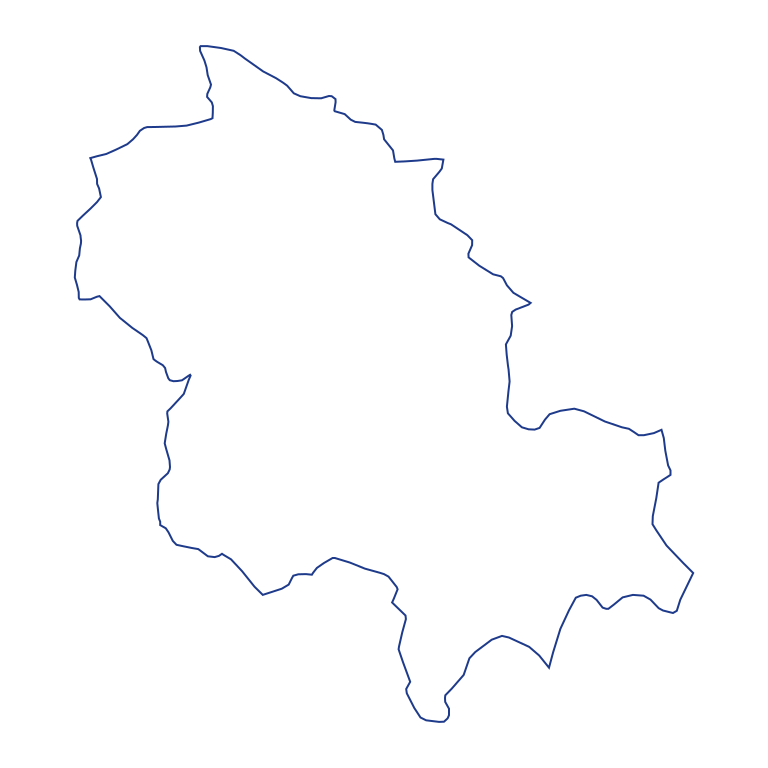 outline of Bac Kan, Bắc Kạn, Vietnam
{"feature_id": "81297802B17568713952999", "entity_name": "Bac Kan", "entity_type": "district", "adm_level": 2, "iso_a3": "VNM", "parent_name": "Vietnam", "parent_adm1": "Bắc Kạn", "projection": "mercator", "projection_center": [105.845, 22.132], "detail": "fine", "context": "isolated", "style": "outline", "palette": "blue", "viewbox_px": 768, "rotation_deg": 0, "n_neighbors": 0, "source": "geoboundaries", "source_scale": "gbopen_adm2", "svg_char_len": 3766}
<svg xmlns="http://www.w3.org/2000/svg" viewBox="0 0 768 768"><path d="M661.5,429.8L653.9,433.1L643.9,435.2L638.5,435.2L634.0,432.1L628.9,428.8L622.0,427.3L604.9,421.5L584.0,411.3L574.3,408.7L560.4,410.8L549.6,414.2L545.0,419.6L539.6,427.9L534.6,429.6L528.6,429.3L521.9,427.3L514.6,420.9L507.9,413.3L506.9,406.7L508.5,390.8L509.6,381.5L508.6,369.9L508.6,369.7L508.0,365.8L506.7,354.8L505.9,344.4L510.7,335.7L512.1,326.1L511.3,315.0L512.2,311.9L515.6,309.6L528.6,304.6L530.6,302.9L526.5,300.5L520.0,296.7L513.4,292.8L506.9,285.3L503.1,278.1L500.9,276.3L493.1,274.3L479.4,265.8L468.6,257.4L468.4,253.7L472.1,245.2L472.2,240.2L467.4,235.2L451.0,224.3L447.7,223.0L439.8,219.3L435.4,214.2L434.4,206.1L432.4,190.0L432.4,183.9L433.1,179.2L439.3,171.9L441.8,168.5L443.4,159.6L436.9,158.9L434.0,158.9L417.1,160.6L404.9,161.4L395.2,161.8L394.3,158.2L393.0,150.4L384.1,139.3L383.4,134.9L381.9,129.9L375.7,124.6L371.0,123.8L367.0,123.2L366.9,123.2L362.7,122.7L355.2,121.9L350.8,119.7L344.7,114.1L334.7,111.2L334.3,110.3L335.6,102.2L335.5,99.1L331.7,96.2L329.0,96.0L321.1,98.3L311.2,98.1L300.3,96.2L293.8,93.3L287.1,85.6L283.1,82.7L276.1,78.2L263.1,71.4L245.0,58.6L240.7,55.3L233.7,50.8L221.0,48.0L207.2,46.1L200.6,46.1L199.9,47.1L200.1,50.9L204.4,60.5L206.5,67.3L207.7,75.1L211.0,84.6L210.3,87.3L207.3,93.9L207.1,96.9L211.8,102.4L212.9,106.1L212.8,112.8L212.5,118.2L210.7,119.1L198.8,122.6L186.6,125.6L175.5,126.5L154.7,127.0L147.1,127.1L144.1,128.0L139.9,130.8L137.0,134.9L133.1,139.2L127.4,144.1L116.1,149.6L106.2,154.0L97.1,156.2L90.3,158.1L91.1,159.9L93.3,167.4L97.0,179.0L97.1,183.9L99.1,188.5L100.9,197.1L97.0,202.1L90.7,208.4L82.4,216.1L77.5,220.9L77.1,223.1L77.2,225.8L80.5,235.4L80.6,237.0L81.1,240.9L80.9,243.6L79.9,248.4L79.2,255.5L76.4,262.0L75.3,270.6L74.8,277.5L77.0,285.0L78.7,292.0L78.8,297.9L79.5,299.2L79.6,299.4L84.0,299.5L90.6,299.3L97.0,296.7L99.5,296.1L103.0,299.6L109.7,306.3L119.9,317.9L125.4,322.3L132.3,327.9L142.8,335.1L146.5,338.1L148.1,342.0L151.4,350.4L153.5,359.1L155.1,360.4L157.4,362.0L162.8,365.2L165.1,368.0L166.0,372.0L168.3,378.3L169.8,380.2L173.5,381.2L177.5,381.0L182.0,380.3L188.2,376.0L190.1,374.8L190.6,375.6L188.8,379.7L183.8,393.9L179.1,399.1L170.7,408.2L167.4,411.4L167.2,413.5L168.4,421.8L167.9,425.5L166.2,433.9L164.7,443.3L166.2,449.0L169.5,460.4L170.0,467.0L169.7,469.4L167.9,473.2L160.7,479.8L158.4,484.1L157.8,499.4L157.3,503.1L158.0,510.0L158.9,518.5L160.2,521.7L160.2,525.1L165.8,528.3L168.5,532.3L172.8,540.9L176.5,544.8L183.5,546.3L191.9,548.0L198.3,549.1L207.9,556.3L214.7,557.1L218.9,555.9L222.0,553.8L223.6,554.9L231.0,559.3L242.1,571.2L254.5,586.7L262.8,594.9L263.0,594.8L269.2,592.8L281.8,588.7L288.7,584.6L291.9,578.2L293.3,575.7L298.3,574.3L305.9,574.1L311.9,574.7L313.0,572.9L316.9,567.9L323.8,563.1L332.6,558.0L334.4,558.0L334.9,558.0L349.7,562.5L364.8,568.6L379.9,572.8L384.0,574.1L388.5,576.6L396.7,587.0L397.6,589.3L393.9,598.5L392.1,602.5L405.5,615.5L405.7,617.3L405.9,619.1L402.2,632.6L399.0,646.6L398.6,649.3L403.0,662.2L410.2,681.8L406.2,689.0L406.8,693.3L414.3,708.0L420.5,717.5L426.1,720.3L439.1,721.9L444.0,721.7L447.6,718.4L449.0,715.2L449.0,708.7L445.2,701.9L445.0,698.0L445.3,695.3L451.8,688.6L463.7,674.9L469.4,658.3L475.3,652.0L491.7,639.7L502.0,635.9L508.9,637.5L529.2,646.9L539.2,655.5L549.0,667.7L553.1,652.4L560.4,628.8L569.0,610.3L575.8,597.7L580.7,595.7L586.3,594.9L592.1,596.3L596.6,599.9L602.6,607.6L606.2,608.8L608.4,608.8L614.0,604.5L622.6,597.4L632.9,594.9L643.6,595.7L650.5,599.6L658.7,608.2L663.0,610.5L670.1,612.3L673.0,613.0L676.8,610.8L680.3,599.7L693.2,573.0L683.4,563.2L666.5,545.5L656.3,530.3L652.5,524.2L652.8,516.1L656.3,498.1L658.6,482.7L663.5,479.4L670.5,474.9L670.5,470.4L668.1,465.4L665.3,450.7L663.8,438.1L661.5,429.8Z" fill="none" stroke="#1e3a8a" stroke-width="2"/></svg>